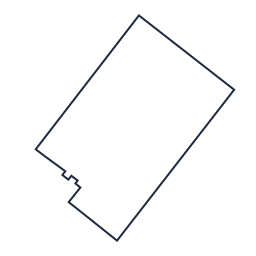 Duval, Texas, United States of America (Mercator projection), rotated 38°
{"feature_id": "52423323B38482742195031", "entity_name": "Duval", "entity_type": "district", "adm_level": 2, "iso_a3": "USA", "parent_name": "United States of America", "parent_adm1": "Texas", "projection": "mercator", "projection_center": [-98.531, 27.66], "detail": "fine", "context": "isolated", "style": "outline", "palette": "slate", "viewbox_px": 256, "rotation_deg": 38, "n_neighbors": 0, "source": "geoboundaries", "source_scale": "gbopen_adm2", "svg_char_len": 338}
<svg xmlns="http://www.w3.org/2000/svg" viewBox="0 0 256 256"><g transform="rotate(38 128 128)"><path d="M188.1,32.5L167.0,32.5L67.3,32.6L68.4,201.6L78.5,201.5L105.2,200.7L105.2,205.4L112.8,205.4L112.8,200.5L120.6,200.4L120.7,204.1L127.1,204.2L126.9,222.9L188.7,223.5L188.1,32.5Z" fill="none" stroke="#1e293b" stroke-width="2"/></g></svg>